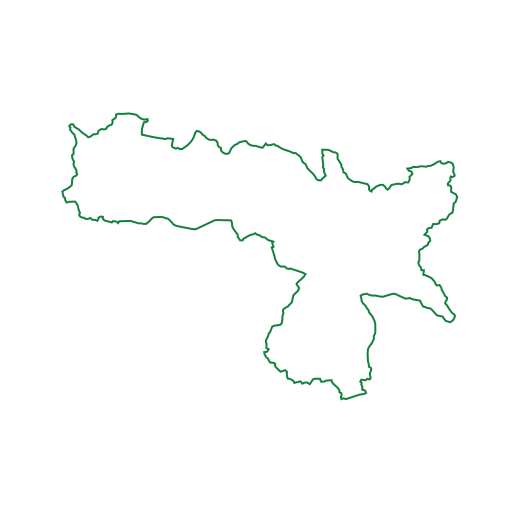 the district of São Paulo, São Paulo, Brazil, rotated 100°
{"feature_id": "56859067B92864763247255", "entity_name": "São Paulo", "entity_type": "district", "adm_level": 2, "iso_a3": "BRA", "parent_name": "Brazil", "parent_adm1": "São Paulo", "projection": "robinson", "projection_center": [-46.645, -23.682], "detail": "fine", "context": "isolated", "style": "outline", "palette": "green", "viewbox_px": 512, "rotation_deg": 100, "n_neighbors": 0, "source": "geoboundaries", "source_scale": "gbopen_adm2", "svg_char_len": 6058}
<svg xmlns="http://www.w3.org/2000/svg" viewBox="0 0 512 512"><g transform="rotate(100 256 256)"><path d="M130.9,78.3L130.1,80.5L129.9,83.1L131.4,84.6L132.6,87.1L132.4,89.5L130.6,91.0L131.8,93.6L133.9,95.6L136.9,99.7L137.4,102.1L138.5,103.8L138.8,108.0L139.3,110.3L140.3,111.9L141.0,116.7L142.6,118.7L143.6,122.1L145.4,120.5L145.9,117.6L148.1,116.2L151.3,118.6L153.7,117.9L157.1,118.8L157.5,122.2L159.1,123.7L160.1,125.5L160.1,128.8L162.6,135.0L166.4,136.6L167.8,137.9L166.9,139.7L165.2,141.0L163.9,143.4L164.4,146.1L166.8,149.7L169.2,151.7L170.7,153.4L172.4,153.5L171.8,155.4L170.4,156.4L168.1,156.5L165.9,158.6L165.3,168.6L166.0,171.3L165.9,173.3L165.3,175.2L163.5,178.7L161.7,180.3L159.4,181.6L158.3,184.5L155.7,185.3L153.2,187.4L151.3,187.8L145.8,192.7L142.9,193.0L141.0,193.6L140.3,195.6L140.3,198.1L138.9,203.1L139.8,209.2L144.0,208.3L145.3,207.0L146.8,207.9L154.7,205.6L157.1,205.5L158.5,204.0L160.4,203.9L162.4,203.0L164.8,201.3L168.4,204.2L170.1,205.0L170.6,207.4L169.9,209.8L167.8,211.3L165.4,213.8L160.6,220.7L157.0,223.0L156.1,225.1L154.4,227.2L152.3,228.2L150.6,229.5L147.8,234.7L148.1,237.0L147.1,241.2L146.3,247.0L145.5,250.0L143.8,254.0L143.7,255.9L142.7,257.7L144.4,261.4L144.9,263.9L143.5,265.8L148.2,268.3L148.2,270.8L147.6,275.5L148.0,278.1L147.8,280.5L146.8,283.1L144.7,285.4L144.8,287.2L146.8,292.1L148.9,293.9L150.3,296.1L154.0,298.9L159.5,300.4L160.6,302.7L160.4,304.9L159.7,307.0L158.0,308.8L155.7,309.3L155.0,311.5L153.5,312.9L150.7,313.7L149.2,315.5L148.8,318.2L149.4,320.0L149.6,322.5L148.6,325.1L146.8,327.3L145.6,329.9L144.0,331.6L143.2,333.9L143.1,336.1L145.2,337.2L150.0,338.0L152.3,338.8L154.2,339.6L158.5,342.4L163.5,347.3L163.9,349.9L163.1,351.9L164.2,353.4L163.3,357.2L161.7,358.1L155.1,357.9L155.4,363.4L156.5,365.4L156.8,376.7L156.3,389.5L150.7,390.4L143.8,389.6L143.1,387.2L141.7,386.0L140.0,386.7L141.0,389.0L141.0,391.6L140.2,394.1L137.8,398.2L137.6,400.8L137.7,405.7L139.4,412.8L139.8,416.2L141.0,418.4L143.1,418.0L144.7,418.6L147.3,421.1L149.3,420.3L151.8,421.0L153.0,423.3L154.7,425.0L157.0,425.8L157.8,427.9L157.7,430.2L158.9,431.6L160.2,432.9L162.9,433.1L164.0,435.3L164.4,437.3L167.3,439.9L168.2,441.8L166.7,444.1L164.8,448.5L162.3,452.2L160.3,457.3L158.1,458.8L158.5,461.2L160.5,462.5L161.8,461.0L163.8,461.1L166.9,457.8L167.9,456.0L174.5,452.7L177.3,452.4L182.1,454.3L187.2,453.4L188.8,454.7L191.1,454.1L193.1,452.9L194.3,451.7L197.2,451.7L199.3,450.8L202.8,447.6L205.1,447.5L206.3,446.3L208.0,446.9L209.7,449.4L212.3,450.4L216.6,449.8L218.7,449.9L222.1,453.1L224.6,456.5L226.2,457.9L231.0,455.9L232.2,454.0L234.1,453.6L236.2,451.8L235.1,449.5L233.8,443.6L235.5,441.8L237.6,440.2L242.0,438.3L243.9,436.9L246.3,437.3L247.7,436.0L248.4,433.8L248.2,432.0L249.1,430.0L248.5,427.6L247.3,425.6L248.8,423.6L248.4,420.3L248.9,418.3L247.1,417.7L245.6,417.7L244.1,415.8L244.0,413.6L245.9,413.3L247.3,411.4L248.0,403.8L246.5,403.0L246.3,399.4L247.6,397.6L245.6,396.7L243.5,387.2L243.3,385.0L244.2,377.5L243.8,374.6L243.9,372.2L243.4,369.6L239.5,366.5L237.5,365.4L235.6,363.5L234.3,357.6L233.9,354.2L234.5,351.6L234.5,349.4L235.3,347.8L239.6,342.2L240.2,339.4L240.5,323.7L240.3,320.8L239.2,318.7L228.0,302.9L227.2,299.9L226.2,292.6L225.7,290.6L225.4,286.6L227.4,285.5L231.0,284.5L233.7,282.5L238.2,277.7L240.2,277.4L243.4,274.3L242.9,271.8L241.2,271.4L237.4,266.8L235.9,264.6L235.1,262.4L233.7,260.8L234.7,258.8L235.0,256.1L236.3,253.3L236.2,250.0L237.3,248.6L238.4,246.1L238.5,243.3L238.9,241.4L240.3,242.4L244.0,240.4L244.8,242.0L253.0,237.7L255.3,236.9L259.4,234.0L261.1,232.3L262.1,229.9L261.4,225.8L262.7,223.9L263.1,221.8L262.4,219.8L264.2,207.4L265.2,204.2L267.8,205.1L275.2,210.7L276.8,211.2L279.9,208.0L282.8,208.5L288.0,212.3L295.5,212.7L298.6,215.0L300.4,215.9L301.7,217.9L303.8,219.8L305.7,219.9L307.3,219.1L311.2,219.5L313.8,219.0L317.8,219.0L319.6,220.2L321.2,225.2L322.5,227.7L328.5,228.9L330.4,230.1L332.7,230.1L336.7,231.4L338.8,231.3L340.9,230.3L344.8,229.8L345.7,227.3L348.5,228.7L349.2,231.2L350.8,230.7L353.4,228.9L355.2,226.2L357.1,224.9L358.5,223.3L358.1,220.2L358.8,218.4L360.5,218.5L362.2,216.9L365.7,211.7L363.3,207.5L364.8,205.3L366.5,205.3L369.6,204.4L371.2,203.4L371.1,201.5L371.7,199.4L372.7,197.2L374.3,196.2L371.7,190.4L373.7,188.2L372.3,186.4L371.7,183.7L372.9,180.8L367.6,178.4L366.7,176.9L365.8,171.7L368.5,170.0L367.9,167.1L366.5,165.3L365.2,159.9L366.8,159.4L368.5,157.6L372.0,152.1L373.8,150.6L375.8,150.1L376.2,148.2L378.3,147.5L380.1,148.0L382.1,147.0L381.0,145.3L381.3,142.6L374.8,130.4L372.9,125.1L371.6,123.8L369.6,125.1L369.1,128.3L366.6,128.4L364.2,130.0L362.5,129.9L361.6,131.5L359.4,130.7L359.5,128.5L359.3,126.3L357.4,124.8L357.9,122.9L356.5,121.9L352.3,123.5L347.6,122.7L346.1,123.6L345.4,125.6L343.0,126.1L340.1,127.5L333.0,129.1L329.1,129.5L326.7,129.2L321.4,126.7L317.4,125.6L314.1,126.0L311.9,125.4L309.9,125.3L301.9,126.8L298.9,128.3L295.1,131.1L291.9,134.8L289.7,135.9L287.8,138.1L286.1,139.3L284.0,142.4L282.2,144.1L279.9,144.7L276.9,146.1L275.4,144.3L273.9,140.2L274.5,138.3L274.9,135.7L274.2,131.3L274.4,126.1L274.0,123.8L269.6,115.0L269.1,112.7L272.0,101.7L271.6,99.4L270.6,97.3L271.4,94.8L271.5,86.8L276.8,82.7L276.8,80.6L277.5,78.4L277.3,75.5L278.4,73.4L283.0,67.6L283.3,61.6L284.8,60.3L287.0,57.8L287.5,53.2L284.7,50.6L280.6,49.5L279.2,50.6L278.0,53.0L274.0,57.2L271.5,59.2L269.9,61.5L267.9,61.4L265.9,60.4L263.9,60.5L262.7,62.6L256.9,67.3L254.9,68.1L252.7,70.2L253.6,72.8L252.4,74.3L250.7,75.2L247.8,78.6L246.7,80.9L245.5,85.9L245.4,88.0L240.9,88.2L241.2,90.7L238.8,91.6L236.1,94.3L233.9,95.0L232.2,94.3L225.0,95.6L223.3,96.3L221.4,95.7L220.1,93.6L217.8,91.9L216.2,89.8L214.8,88.6L213.1,88.6L210.6,87.0L208.0,88.2L206.7,89.4L205.8,93.8L202.4,91.5L200.0,92.2L198.4,90.6L197.7,88.0L193.8,87.1L193.2,83.8L192.0,81.2L189.3,81.2L187.5,78.5L187.5,75.9L186.1,74.5L182.1,73.1L180.7,72.0L179.4,70.2L177.1,70.0L169.8,70.4L168.1,68.8L162.7,68.1L160.5,70.0L159.0,74.9L154.2,75.8L152.9,77.0L153.0,79.2L151.4,79.7L147.9,77.6L145.4,78.1L143.9,78.0L144.1,76.1L142.5,74.3L140.9,74.9L139.0,76.4L134.4,76.7L130.9,78.3Z" fill="none" stroke="#15803d" stroke-width="2"/></g></svg>